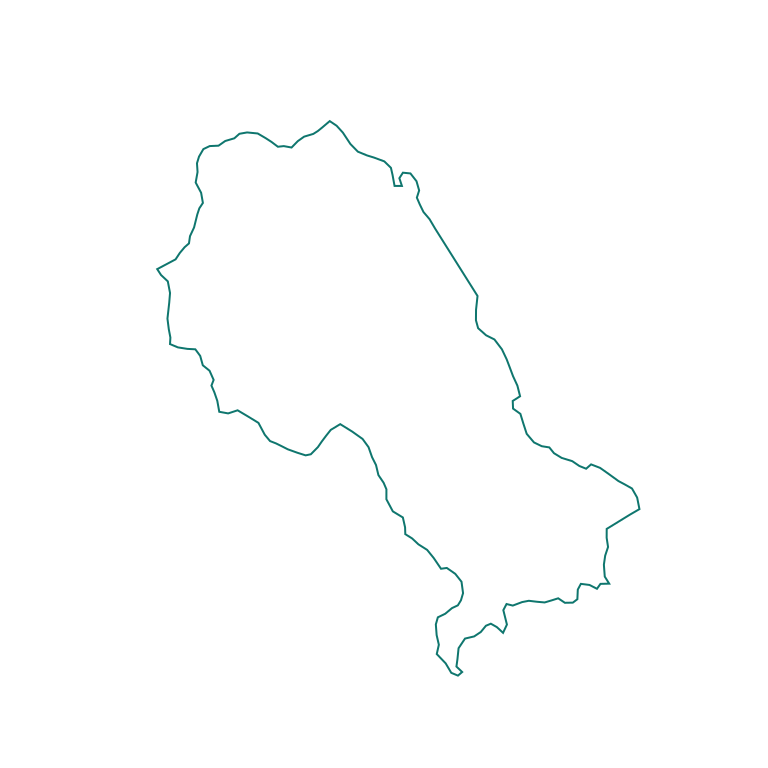 Santa Cruz das Palmeiras, São Paulo, Brazil (Equal Earth projection), rotated 332°
{"feature_id": "56859067B4316799749613", "entity_name": "Santa Cruz das Palmeiras", "entity_type": "district", "adm_level": 2, "iso_a3": "BRA", "parent_name": "Brazil", "parent_adm1": "São Paulo", "projection": "equal_earth", "projection_center": [-47.253, -21.862], "detail": "fine", "context": "isolated", "style": "outline", "palette": "teal", "viewbox_px": 768, "rotation_deg": 332, "n_neighbors": 0, "source": "geoboundaries", "source_scale": "gbopen_adm2", "svg_char_len": 2522}
<svg xmlns="http://www.w3.org/2000/svg" viewBox="0 0 768 768"><g transform="rotate(332 384 384)"><path d="M488.5,657.7L493.3,646.8L498.7,639.4L505.3,633.1L508.4,624.3L512.6,616.5L540.0,614.8L550.8,614.4L554.2,603.1L553.9,592.7L549.3,585.5L545.4,579.7L540.2,569.0L535.4,559.5L529.1,552.2L522.7,553.7L518.0,548.1L514.0,540.5L506.2,532.7L501.6,524.9L500.2,517.6L494.1,513.0L489.0,506.0L486.6,495.0L488.5,484.2L490.4,474.4L486.4,466.3L489.7,459.4L498.4,458.7L501.0,448.1L501.6,437.7L503.0,427.0L503.9,419.8L504.4,408.7L502.4,396.5L497.0,388.9L493.3,378.9L495.1,370.9L500.1,361.7L507.9,350.2L502.1,270.9L501.6,259.8L499.6,250.7L499.9,242.2L500.5,234.9L505.9,229.6L507.9,220.2L506.2,210.5L499.9,206.3L494.2,209.5L492.8,217.5L486.3,214.1L489.7,203.4L491.6,196.4L488.8,187.6L481.4,179.3L476.3,174.2L470.0,166.6L467.0,156.3L465.7,142.7L463.4,133.7L459.5,126.4L450.4,128.4L444.3,129.6L439.0,130.0L429.6,128.1L421.9,129.1L413.4,131.8L407.2,126.9L401.7,124.7L398.3,117.4L394.9,111.3L390.1,103.5L381.2,97.6L373.8,95.2L367.2,96.8L357.9,94.9L349.8,95.9L341.8,92.1L334.8,91.8L327.4,96.4L322.5,101.3L318.9,109.3L312.3,117.7L312.3,129.3L309.1,139.1L303.4,142.2L298.7,146.7L289.8,156.6L282.1,162.4L277.8,168.3L272.2,169.6L265.3,172.4L258.5,176.1L245.4,176.1L237.7,176.1L238.3,183.1L241.3,191.9L237.8,203.2L232.6,211.3L223.5,224.6L219.7,234.6L217.2,242.7L213.8,248.3L219.2,254.9L226.9,260.7L233.7,264.8L234.9,272.9L232.8,282.4L236.2,290.4L235.5,300.4L230.9,304.4L230.3,311.8L228.9,320.6L225.5,331.2L232.6,336.8L242.4,338.5L248.6,348.7L254.9,359.4L254.9,372.8L256.6,380.9L260.8,385.8L264.4,390.8L268.4,396.5L275.3,404.1L281.3,410.2L286.4,411.7L296.0,408.7L302.0,405.6L308.4,402.6L315.5,399.5L326.5,398.9L333.6,411.1L339.3,422.5L340.7,432.5L339.1,443.0L338.9,451.8L336.3,461.8L337.3,471.0L336.7,478.1L332.0,486.9L332.0,500.6L338.0,510.7L335.3,520.5L332.3,526.6L336.3,533.5L339.1,541.7L344.2,550.7L346.2,561.0L347.6,573.9L353.1,575.9L357.8,585.1L359.6,595.0L355.6,605.8L350.4,611.1L345.3,614.1L338.8,613.8L330.2,615.6L322.0,615.3L316.9,620.6L312.6,630.4L310.0,640.0L303.8,647.2L307.3,659.6L307.8,670.6L312.4,676.2L317.8,675.0L315.3,667.5L319.7,661.4L325.8,652.3L336.0,646.8L345.1,649.2L353.1,648.4L360.5,645.3L365.8,645.8L369.5,651.6L372.3,659.6L379.6,654.1L383.2,639.7L388.9,635.8L393.7,640.1L403.6,641.4L410.1,643.4L416.7,648.0L423.3,652.3L430.7,653.8L437.2,655.0L441.0,662.1L448.1,665.7L453.7,664.8L458.6,656.5L464.0,652.9L471.1,657.9L475.9,664.8L481.3,662.1L489.1,666.0L488.5,657.7Z" fill="none" stroke="#0f766e" stroke-width="2"/></g></svg>